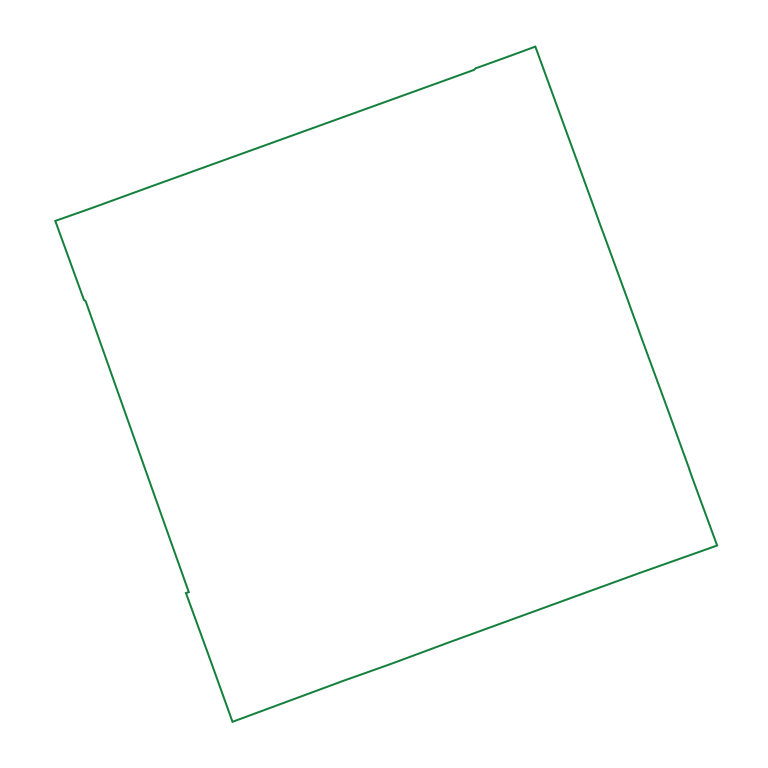 the district of Cochise, Arizona, United States of America, rotated 340°
{"feature_id": "52423323B82502698650850", "entity_name": "Cochise", "entity_type": "district", "adm_level": 2, "iso_a3": "USA", "parent_name": "United States of America", "parent_adm1": "Arizona", "projection": "equal_earth", "projection_center": [-109.611, 31.88], "detail": "fine", "context": "isolated", "style": "outline", "palette": "green", "viewbox_px": 768, "rotation_deg": 340, "n_neighbors": 0, "source": "geoboundaries", "source_scale": "gbopen_adm2", "svg_char_len": 562}
<svg xmlns="http://www.w3.org/2000/svg" viewBox="0 0 768 768"><g transform="rotate(340 384 384)"><path d="M129.8,455.8L129.4,512.8L126.4,512.7L126.4,583.3L126.1,649.6L243.0,649.0L294.2,649.4L356.7,649.0L558.3,649.0L641.8,649.7L641.6,577.9L641.7,568.4L641.8,568.4L641.9,501.8L641.7,424.0L641.8,417.1L641.7,401.1L641.8,392.6L641.8,388.0L641.7,318.7L641.6,311.6L641.7,284.5L641.7,282.1L641.6,118.7L617.5,118.8L578.1,118.7L576.1,119.6L233.2,118.7L168.2,118.7L130.9,118.3L130.8,202.3L132.0,204.1L129.8,455.8Z" fill="none" stroke="#15803d" stroke-width="2"/></g></svg>